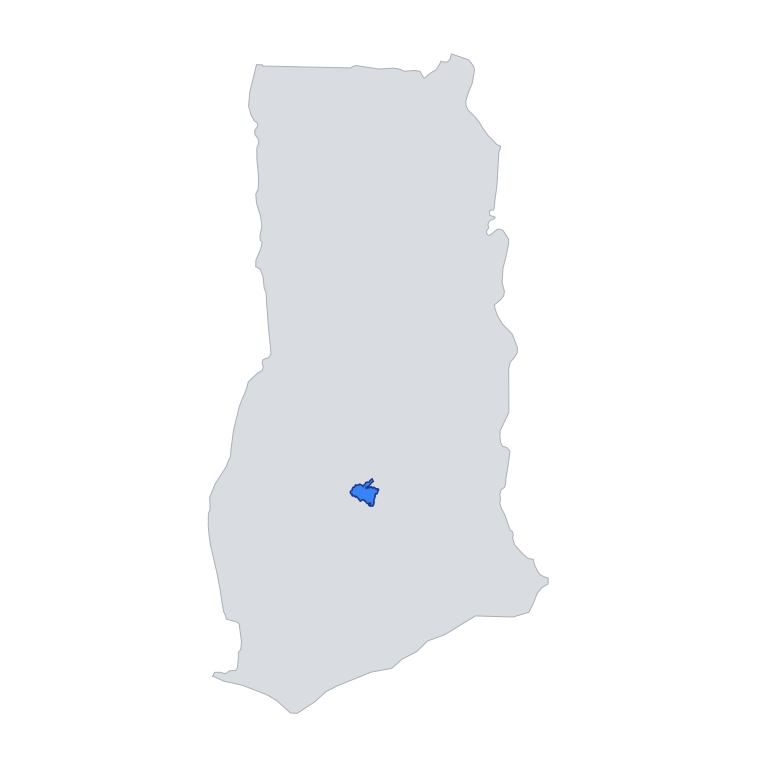 Sekyere Kumawu, Ashanti, Ghana (highlighted), rotated 2°
{"feature_id": "2480657B32008532681061", "entity_name": "Sekyere Kumawu", "entity_type": "district", "adm_level": 2, "iso_a3": "GHA", "parent_name": "Ghana", "parent_adm1": "Ashanti", "projection": "equal_earth", "projection_center": [-1.235, 6.909], "detail": "fine", "context": "in_parent", "style": "filled", "palette": "blue", "viewbox_px": 768, "rotation_deg": 2, "n_neighbors": 0, "source": "geoboundaries", "source_scale": "gbopen_adm2", "svg_char_len": 7300}
<svg xmlns="http://www.w3.org/2000/svg" viewBox="0 0 768 768"><g transform="rotate(2 384 384)"><path d="M457.5,57.1L462.4,63.3L463.5,66.9L461.7,80.3L458.1,89.7L455.9,98.5L456.2,102.9L458.4,107.2L465.9,114.1L469.7,118.6L474.2,125.4L479.4,132.1L488.4,140.7L492.1,142.3L492.0,144.7L490.7,148.0L490.0,180.2L489.3,188.5L488.7,192.7L487.9,204.8L486.9,206.5L485.2,206.4L483.7,206.8L483.3,209.2L483.9,211.7L489.3,213.4L488.1,215.2L484.1,216.9L482.3,220.5L483.1,224.6L480.9,228.0L481.6,230.2L483.0,231.8L485.2,231.2L491.5,225.7L494.1,225.1L497.4,226.2L503.4,234.7L503.7,238.9L501.3,253.1L498.9,264.0L498.5,278.6L501.0,286.9L500.7,291.4L497.9,295.3L491.7,300.9L492.2,304.8L495.1,312.0L500.3,320.0L510.6,329.9L516.0,342.8L516.1,348.1L513.0,353.4L509.3,357.9L508.1,364.5L509.8,407.9L501.7,426.7L501.7,432.1L502.5,438.3L504.6,442.1L508.8,443.1L512.2,446.7L511.0,459.9L509.2,473.4L509.0,479.9L508.0,483.0L504.8,485.6L503.6,489.8L504.4,495.1L503.8,499.0L505.6,504.0L509.2,510.3L515.2,525.8L517.5,527.0L518.5,530.3L517.9,533.5L520.2,540.3L526.8,547.2L533.7,553.2L539.3,554.1L540.7,559.5L544.4,566.3L547.0,569.3L551.3,571.3L554.8,572.3L555.0,578.1L548.7,582.1L544.4,588.0L541.2,597.1L536.7,607.1L521.2,612.3L515.3,612.4L483.4,612.6L453.6,632.3L436.5,639.3L425.9,650.4L411.7,658.3L401.8,667.8L381.2,672.4L347.4,687.5L336.8,693.4L326.1,703.9L308.7,716.2L301.9,716.0L288.3,704.5L278.1,698.8L253.0,690.0L234.3,686.6L225.3,682.8L222.8,682.2L224.9,678.1L230.2,677.8L235.6,679.1L239.8,675.9L245.9,675.5L247.5,672.2L248.0,663.9L247.9,657.3L250.1,654.3L250.6,646.4L247.6,629.0L245.5,627.0L234.6,624.5L233.8,621.1L231.8,617.4L229.8,608.4L227.4,595.1L223.6,578.5L216.3,551.2L214.5,541.5L213.3,531.7L213.0,520.0L214.5,515.6L214.3,509.5L213.7,503.5L218.8,489.6L229.0,472.6L231.1,466.5L233.0,462.2L233.3,456.1L235.1,436.3L240.0,412.3L243.0,403.3L245.1,398.4L247.6,390.4L248.2,386.7L257.5,377.3L261.8,374.8L262.8,371.1L261.3,367.1L262.0,364.3L264.2,363.0L267.6,361.8L270.1,358.0L266.2,328.5L263.1,299.1L262.9,296.7L261.0,292.6L259.2,280.5L256.1,273.4L251.7,271.3L251.7,264.6L256.1,253.3L257.3,246.7L255.2,244.7L254.9,239.6L256.4,231.3L255.7,226.1L254.9,220.7L250.3,207.8L249.2,198.7L251.6,193.4L251.5,181.8L249.1,163.8L248.7,152.5L250.4,147.8L249.6,143.3L246.2,139.1L246.0,134.9L248.8,130.9L248.5,127.7L245.0,125.4L241.8,119.9L239.0,111.2L239.6,97.2L245.0,71.4L245.6,69.2L251.6,69.4L251.6,70.5L270.2,70.2L291.5,70.0L316.9,69.6L340.0,69.3L341.0,68.2L344.9,66.7L368.2,69.4L382.8,68.0L389.0,68.9L393.5,70.7L403.6,69.6L408.9,70.2L413.0,76.6L414.6,76.6L416.9,73.9L420.9,70.8L425.0,68.3L428.0,63.3L429.7,59.4L432.4,60.2L436.2,60.0L438.8,56.8L439.8,51.8L457.5,57.1Z" fill="#d9dde1" stroke="#a8b0b8" stroke-width="1"/><path d="M354.2,493.9L354.5,494.2L354.6,494.4L354.7,494.7L354.7,494.8L354.8,494.9L355.1,495.2L355.5,495.1L355.8,495.1L356.0,495.2L356.0,495.7L356.3,496.0L356.1,496.2L356.2,496.4L356.0,496.6L356.2,496.9L356.4,497.0L356.6,497.0L356.8,496.9L357.3,496.9L357.9,496.9L358.1,497.0L358.2,496.9L358.5,496.9L358.5,497.1L358.9,497.3L358.9,497.6L359.0,497.7L359.2,497.9L359.4,498.0L359.5,497.8L359.5,497.7L360.0,497.3L360.2,497.5L360.4,497.5L360.5,497.6L360.8,497.8L361.0,498.2L361.2,498.5L361.4,498.5L361.6,498.6L361.9,498.8L362.0,498.9L362.0,499.0L362.4,499.6L362.6,500.0L362.9,500.2L363.0,500.1L363.2,500.4L363.3,500.6L363.5,500.8L363.8,501.0L364.1,501.4L364.2,501.7L364.2,501.8L364.3,501.8L364.5,501.7L364.7,501.9L364.8,501.9L365.0,501.6L365.2,501.0L365.4,501.0L365.4,500.9L365.5,500.8L365.9,501.1L366.0,501.1L366.7,500.6L367.1,500.3L367.3,500.4L367.6,500.5L367.8,500.6L368.0,501.0L368.6,501.1L368.8,501.1L369.0,501.3L369.0,501.7L369.0,501.8L369.7,502.0L369.8,502.0L369.9,502.3L370.0,502.5L370.2,502.8L370.5,503.1L371.0,503.7L371.2,503.9L371.3,504.0L371.5,504.0L371.7,503.8L371.8,503.8L372.0,503.8L372.3,503.7L372.5,503.7L372.5,503.8L372.5,504.0L372.4,504.1L372.4,504.3L372.5,504.4L372.7,504.5L372.8,504.6L373.4,504.7L373.6,504.6L373.8,504.1L374.2,503.8L374.1,503.5L374.1,503.4L374.4,503.3L374.6,503.4L374.7,503.5L374.6,504.0L374.8,504.2L374.8,504.4L374.7,504.6L374.2,504.6L373.9,504.7L373.8,504.9L373.6,504.9L373.1,505.2L373.0,505.5L373.2,505.9L373.4,506.0L373.6,505.9L373.8,505.9L374.2,506.4L374.5,506.6L374.8,506.4L375.2,506.2L375.3,506.0L375.6,506.2L376.0,506.4L376.5,506.4L376.5,506.2L377.1,506.4L377.2,506.2L377.4,505.5L377.4,505.4L377.6,505.2L377.6,504.9L377.8,504.6L378.1,504.3L378.1,504.0L378.0,503.4L378.1,503.1L378.2,502.9L378.3,502.8L378.4,502.4L378.1,502.2L378.0,501.9L378.0,501.5L377.9,500.9L377.9,500.7L378.1,500.3L378.0,500.0L378.0,499.8L378.0,499.7L378.3,499.3L378.4,499.2L378.5,499.0L378.7,498.3L378.7,498.2L378.7,497.4L379.1,496.8L379.3,496.4L379.2,496.3L379.0,496.2L378.8,495.9L378.6,495.7L378.7,495.4L378.8,495.3L379.1,495.0L379.3,494.6L379.3,494.4L379.4,494.2L379.5,494.0L379.8,494.2L380.1,494.1L380.3,494.2L380.6,494.0L380.9,493.8L381.0,493.6L381.1,493.3L381.2,493.0L381.3,492.7L381.5,492.3L381.6,492.1L381.6,491.8L381.4,491.7L381.5,491.4L381.6,491.0L381.8,490.8L382.1,490.5L382.1,490.3L382.0,490.2L382.3,489.9L382.3,489.5L382.1,489.3L381.7,489.2L381.4,489.0L380.8,488.9L380.6,488.9L380.4,488.9L380.4,489.0L380.3,488.9L380.1,488.9L380.0,489.0L379.9,489.1L379.8,488.9L379.7,488.9L379.6,489.0L379.3,489.0L379.3,488.9L379.2,488.9L379.1,488.7L378.9,488.5L378.9,488.4L378.7,488.3L378.6,488.2L378.3,488.1L378.0,488.1L377.7,488.0L377.5,487.8L377.4,487.7L377.3,487.8L377.3,487.7L377.1,487.8L376.9,487.9L376.6,487.9L376.4,487.9L376.1,488.0L376.1,487.8L375.8,487.6L375.8,487.8L375.7,487.7L375.5,487.9L375.4,487.8L375.2,487.6L375.2,487.4L375.2,487.5L375.1,487.4L374.9,487.3L374.9,487.2L374.3,487.3L374.3,487.5L374.1,487.5L373.9,487.6L373.7,487.6L373.4,487.5L373.2,487.7L373.2,487.8L373.1,488.0L372.9,488.0L372.8,487.9L372.6,487.9L372.6,488.1L372.5,488.3L372.3,488.2L372.2,488.3L372.0,488.2L371.9,488.2L371.6,488.1L371.4,488.1L371.4,488.3L371.1,488.3L370.9,488.7L370.2,488.9L369.8,488.8L369.7,488.8L369.5,488.6L369.6,488.3L369.7,488.0L369.7,487.9L370.0,487.8L370.3,487.3L370.4,487.2L370.5,487.2L370.7,487.4L370.8,487.4L370.9,487.0L371.1,487.0L371.4,487.0L371.8,487.3L372.2,486.5L372.3,486.4L372.9,485.9L373.2,485.5L373.3,485.2L374.3,484.3L374.4,484.0L374.5,483.8L374.8,483.4L375.1,483.0L375.5,482.8L375.6,482.7L376.6,481.8L376.7,481.7L375.4,479.2L375.2,479.3L373.5,480.9L373.3,481.1L373.2,481.3L373.1,481.8L373.0,482.0L372.7,482.4L372.4,482.6L371.4,482.6L370.8,482.6L369.2,483.1L369.2,483.4L369.0,483.8L368.6,484.4L368.1,485.2L368.0,485.5L367.9,485.5L367.6,485.5L367.4,486.0L366.8,486.4L366.5,486.9L366.5,487.0L366.3,486.8L366.2,486.6L365.8,486.1L365.3,486.0L365.1,485.8L364.9,485.7L364.6,485.6L364.4,485.5L364.1,485.2L363.8,485.2L363.4,485.0L363.0,485.0L362.9,485.2L362.9,485.4L362.8,485.6L362.4,485.6L362.1,485.7L361.9,485.7L361.7,485.8L361.6,485.7L361.3,486.0L361.1,486.0L360.8,486.0L360.4,486.3L360.2,486.3L360.0,486.1L359.9,486.2L359.6,486.1L359.4,486.1L359.1,485.9L358.9,486.2L358.8,486.3L358.7,486.4L358.7,486.9L358.4,487.5L358.2,488.0L357.9,488.3L357.2,488.2L356.8,488.2L356.6,488.5L356.4,488.8L356.4,489.1L356.3,489.3L356.2,489.4L356.0,489.6L356.0,489.8L356.1,490.0L356.0,490.4L355.9,490.6L355.9,491.0L355.7,491.3L355.5,491.6L355.4,491.6L355.1,491.7L354.9,491.9L354.7,492.0L354.4,492.3L354.1,492.8L354.1,493.1L354.2,493.5L354.3,493.8L354.2,493.9Z" fill="#3b82f6" stroke="#1e3a8a" stroke-width="1.5"/></g></svg>